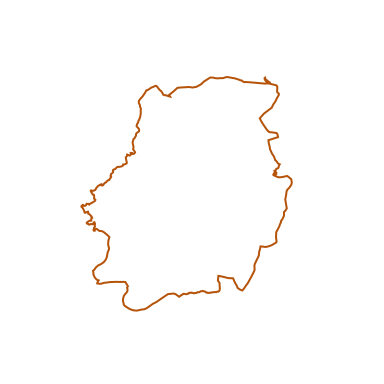 the district of Antsirabe I, Vakinankaratra, Madagascar, rotated 56°
{"feature_id": "10022922B38771191417556", "entity_name": "Antsirabe I", "entity_type": "district", "adm_level": 2, "iso_a3": "MDG", "parent_name": "Madagascar", "parent_adm1": "Vakinankaratra", "projection": "robinson", "projection_center": [47.02, -19.882], "detail": "fine", "context": "isolated", "style": "outline", "palette": "amber", "viewbox_px": 384, "rotation_deg": 56, "n_neighbors": 0, "source": "geoboundaries", "source_scale": "gbopen_adm2", "svg_char_len": 6084}
<svg xmlns="http://www.w3.org/2000/svg" viewBox="0 0 384 384"><g transform="rotate(56 192 192)"><path d="M152.3,62.4L151.6,62.3L150.6,62.5L145.7,67.0L144.8,66.2L144.1,66.6L139.5,68.0L138.1,67.5L138.2,68.2L139.3,68.7L140.6,68.8L144.4,68.4L142.8,71.1L133.7,82.3L130.9,85.9L130.1,87.3L128.2,88.3L127.4,88.4L126.2,89.6L124.5,90.7L124.0,91.2L122.5,92.3L121.2,93.5L116.3,98.6L115.6,100.2L115.0,102.5L114.1,103.8L112.2,107.0L111.8,107.7L110.3,109.4L108.9,110.6L107.3,112.9L107.1,120.3L107.6,123.0L107.5,123.4L107.8,123.9L107.3,129.5L105.7,133.1L103.4,135.6L99.4,142.3L97.5,145.8L98.3,151.2L98.7,156.6L100.7,156.8L99.3,158.0L97.3,159.4L96.5,160.6L95.1,161.5L93.8,161.2L91.4,161.1L89.0,161.8L84.4,162.1L83.6,162.9L83.4,163.5L83.3,165.0L82.9,166.3L82.7,167.7L82.7,171.7L82.6,172.3L82.2,172.9L83.5,175.4L85.1,179.5L85.7,182.0L86.6,184.8L87.4,185.6L88.4,186.3L90.8,186.6L92.4,187.4L94.0,187.7L95.0,188.2L96.3,189.4L98.2,190.5L100.9,193.1L102.6,195.6L103.0,196.4L104.4,198.1L104.7,199.1L105.9,200.7L106.7,201.2L109.8,200.7L110.8,201.0L111.5,201.5L112.1,202.1L112.2,204.7L112.4,205.6L112.8,206.1L113.6,206.6L114.2,207.3L114.4,208.0L115.2,209.3L115.4,210.5L115.4,211.0L116.8,212.4L117.1,212.9L117.7,213.5L118.8,214.1L120.9,214.8L121.9,215.3L122.6,215.8L123.3,216.7L123.6,216.9L126.5,216.9L127.3,217.0L127.5,217.4L127.8,218.1L127.6,219.6L127.2,220.0L126.9,219.5L126.1,219.8L125.3,221.0L125.6,221.2L126.2,221.4L126.9,222.1L127.0,222.5L126.9,223.4L126.2,223.9L124.9,224.6L124.7,224.9L125.5,225.3L125.8,225.8L126.3,227.6L129.8,229.1L130.7,229.3L131.6,230.0L131.7,230.5L131.4,232.4L131.1,233.2L130.7,233.6L131.3,234.2L131.5,234.7L131.4,236.1L130.4,238.4L129.6,239.7L129.5,240.5L130.0,242.7L129.5,244.8L129.9,245.5L130.8,245.8L131.6,246.6L131.9,249.2L133.1,250.5L133.7,250.2L134.3,250.6L134.7,251.5L134.9,252.4L135.7,253.8L135.4,254.6L135.5,257.0L135.9,257.6L135.9,258.5L135.7,259.0L135.8,259.8L136.6,261.8L136.6,262.4L136.0,263.2L135.5,262.8L135.1,262.6L134.9,262.7L134.6,263.9L134.5,265.7L134.5,266.5L135.1,269.0L136.2,271.0L135.8,273.2L135.1,274.1L134.3,274.7L134.3,275.1L134.9,275.5L136.2,275.6L136.6,275.7L137.4,275.4L137.8,275.5L138.4,275.8L139.0,275.5L139.7,274.9L140.0,275.0L140.9,275.6L141.7,276.0L142.5,276.8L142.9,276.9L144.3,276.4L144.6,276.6L144.9,277.0L145.1,277.5L145.1,280.4L144.8,282.0L144.9,282.7L144.7,283.5L144.9,284.3L144.0,284.5L143.8,284.7L143.5,285.3L142.9,285.8L143.0,286.2L143.7,287.4L143.6,288.6L143.2,289.0L141.9,289.5L141.6,289.7L141.6,290.2L141.9,290.6L141.9,291.6L142.3,291.8L142.7,291.0L143.0,291.0L143.5,291.6L144.9,291.6L147.8,292.0L148.3,292.4L149.1,292.5L149.5,292.2L149.6,291.8L149.6,291.1L150.0,290.7L149.9,289.8L150.1,289.2L150.7,289.3L151.3,289.6L152.0,290.1L152.6,289.7L154.2,289.2L155.3,289.2L155.7,289.0L156.2,288.9L156.5,289.2L157.6,289.3L157.5,290.1L158.0,290.3L158.5,291.0L159.4,291.5L159.2,292.0L158.6,292.7L158.4,295.4L158.7,296.6L159.4,296.7L159.7,296.6L160.4,295.9L161.4,295.7L161.6,295.5L161.8,294.2L162.3,293.8L162.4,293.1L163.2,292.3L163.3,291.8L163.1,291.2L162.5,290.9L162.3,290.6L162.4,289.9L162.7,289.8L163.9,290.1L164.4,290.4L164.9,291.2L166.2,291.6L166.4,291.8L166.9,293.2L167.8,294.0L168.4,294.9L169.0,295.0L169.4,294.9L169.6,294.3L169.1,294.3L168.7,294.0L168.6,293.5L169.0,292.0L169.6,291.5L170.8,291.2L172.5,290.5L173.7,288.9L174.7,288.2L176.1,287.5L180.1,286.3L183.2,285.7L185.6,288.6L188.5,290.8L190.1,291.5L191.9,292.1L192.7,292.6L193.5,293.5L195.0,295.8L198.6,299.3L200.0,301.7L200.8,304.3L200.9,306.3L200.8,308.5L200.4,310.9L200.8,313.9L201.8,316.4L202.0,318.2L203.7,318.8L204.7,319.6L205.9,320.0L208.5,320.4L211.0,320.1L212.0,319.7L213.1,318.8L213.8,320.5L214.8,321.7L216.0,320.4L217.2,318.7L218.2,315.5L219.2,313.7L220.8,310.4L223.9,305.4L227.0,301.0L228.2,299.0L229.4,297.6L234.3,297.8L235.0,299.4L236.5,299.8L237.6,300.6L238.2,301.3L238.8,302.5L239.1,304.2L240.2,306.9L242.5,309.4L244.0,310.3L245.6,310.8L247.2,311.5L248.8,311.4L253.8,309.3L255.2,308.4L257.2,306.9L259.6,303.9L261.3,299.4L262.4,297.4L262.9,295.4L263.0,292.9L262.8,286.8L263.2,284.2L263.3,281.8L263.2,275.0L263.2,269.1L265.4,264.9L266.2,263.7L267.3,262.9L267.9,262.6L271.7,261.2L271.5,259.1L271.7,257.3L271.5,256.5L271.6,256.1L272.4,255.0L273.2,254.4L273.7,253.5L274.2,252.0L273.9,251.5L274.3,250.7L274.3,250.0L274.6,249.5L275.1,249.2L275.1,248.8L275.6,248.2L276.9,247.3L277.2,246.8L277.3,246.2L278.1,244.9L278.2,243.3L278.9,242.5L279.2,241.8L279.2,240.3L279.6,239.3L279.9,239.1L280.1,238.3L281.0,237.7L282.2,236.6L283.4,236.4L283.9,235.6L284.5,235.3L284.8,234.9L285.7,233.2L285.7,232.8L286.4,231.9L286.5,231.4L287.7,229.0L288.4,228.2L288.7,227.7L288.7,226.8L289.3,225.9L289.3,224.8L288.7,223.9L287.7,223.0L282.9,220.1L281.9,220.0L280.0,220.1L278.8,219.2L278.0,218.3L277.1,217.7L276.3,217.0L278.0,215.2L283.8,209.9L286.5,206.2L291.2,207.1L294.9,207.3L297.1,207.8L299.9,206.7L301.8,205.3L301.0,202.5L299.8,199.8L298.8,196.8L294.8,189.0L292.4,184.8L291.4,183.5L287.9,181.4L286.8,180.2L282.1,172.2L279.2,169.8L277.3,167.5L275.4,165.6L278.8,161.6L279.8,159.1L280.7,155.5L280.9,150.4L280.6,149.7L276.0,147.4L274.1,145.8L272.5,144.8L269.2,138.6L268.1,137.4L266.9,135.2L265.9,134.6L265.2,132.5L263.3,129.3L262.2,128.3L260.4,127.2L259.9,126.5L259.8,125.3L258.6,122.6L250.2,118.8L247.5,116.0L244.3,113.2L243.4,111.6L242.7,108.5L241.7,106.0L240.6,104.5L239.8,103.9L238.4,103.2L236.8,102.6L232.5,103.9L231.8,104.3L230.6,107.6L229.4,110.1L228.4,111.8L227.6,112.5L226.1,113.5L223.8,114.9L223.2,115.0L222.1,112.9L222.3,112.6L223.5,113.0L224.0,113.0L224.2,112.8L224.3,112.5L224.2,112.1L223.8,111.9L223.3,111.3L222.3,111.3L220.6,111.8L220.6,110.5L220.5,109.9L219.9,109.1L220.3,108.0L220.2,106.7L219.7,106.1L219.2,105.8L218.2,104.1L218.1,103.8L216.7,104.7L213.4,104.8L212.7,104.9L212.1,105.2L208.5,104.2L205.2,104.2L200.2,103.4L197.1,101.9L195.2,101.4L191.8,99.7L194.6,90.0L192.5,89.1L191.3,88.8L190.5,88.9L187.5,92.0L186.1,93.9L185.4,94.5L184.4,94.6L184.1,94.9L182.4,95.1L175.4,95.2L172.0,95.0L168.8,94.6L167.2,88.3L166.7,78.8L164.8,75.5L163.7,72.5L161.7,69.1L159.9,65.5L158.8,65.0L157.5,65.5L156.3,65.3L154.0,63.5L152.3,62.4Z" fill="none" stroke="#b45309" stroke-width="2"/></g></svg>